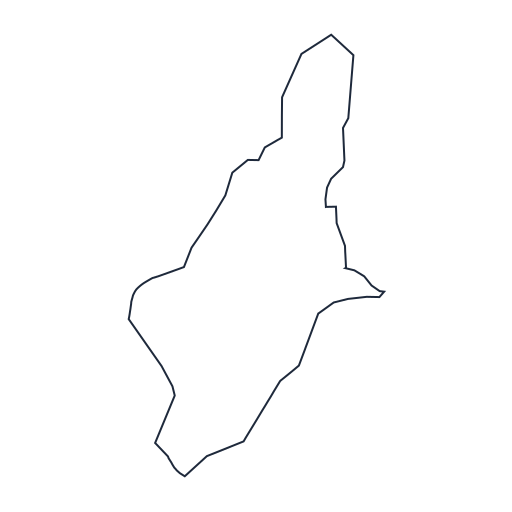 the district of Al Malajim, Al Bayda', Yemen, rotated 166°
{"feature_id": "15242507B64836061652766", "entity_name": "Al Malajim", "entity_type": "district", "adm_level": 2, "iso_a3": "YEM", "parent_name": "Yemen", "parent_adm1": "Al Bayda'", "projection": "albers", "projection_center": [45.401, 14.328], "detail": "fine", "context": "isolated", "style": "outline", "palette": "slate", "viewbox_px": 512, "rotation_deg": 166, "n_neighbors": 0, "source": "geoboundaries", "source_scale": "gbopen_adm2", "svg_char_len": 1914}
<svg xmlns="http://www.w3.org/2000/svg" viewBox="0 0 512 512"><g transform="rotate(166 256 256)"><path d="M394.8,225.6L383.1,195.1L375.2,174.5L374.3,172.2L368.6,149.8L368.6,146.6L368.6,140.4L368.8,140.0L399.1,99.0L389.9,82.8L389.7,80.8L388.1,76.1L387.8,74.8L387.5,73.7L386.5,70.5L385.5,68.7L384.8,67.2L382.4,63.7L378.4,59.5L352.1,73.7L312.9,79.1L312.3,79.7L309.9,82.2L295.2,96.7L287.1,104.8L283.2,108.6L282.4,109.4L282.2,109.6L280.8,111.0L279.9,111.9L275.6,116.1L271.2,120.6L262.9,128.8L262.0,129.3L251.9,134.0L249.8,135.0L240.9,139.3L230.7,154.1L230.6,154.3L224.5,163.2L215.4,176.5L209.5,185.1L209.4,185.1L201.1,188.4L192.6,191.8L192.3,191.9L191.8,192.1L191.4,192.1L177.1,192.1L171.2,191.3L166.7,190.7L158.4,189.6L146.2,186.3L140.3,190.4L144.5,192.0L151.0,199.4L155.9,210.1L164.0,218.3L172.2,222.6L171.5,222.8L169.0,235.5L168.5,238.2L167.2,244.3L168.5,256.3L169.8,268.4L168.8,273.1L166.5,284.5L176.1,286.7L176.3,286.7L176.1,287.7L174.9,294.2L170.5,305.2L164.4,312.8L150.1,321.2L150.0,321.3L149.9,321.6L147.1,327.2L140.6,359.2L133.1,367.4L113.2,426.4L112.9,427.3L129.5,452.5L163.0,441.1L192.3,403.7L196.9,386.0L202.3,364.6L205.1,363.8L206.7,363.4L208.4,362.9L216.4,360.6L221.2,359.2L230.3,348.4L240.7,351.2L249.1,347.2L258.8,342.6L271.1,322.2L274.9,318.4L276.7,316.6L283.4,309.9L295.4,298.4L309.0,286.3L316.5,279.7L328.6,262.7L329.1,262.6L329.7,262.6L333.2,262.2L356.4,259.9L356.5,259.9L357.0,259.9L357.3,259.9L357.5,259.9L357.9,259.8L358.1,259.8L358.3,259.8L358.5,259.8L358.8,259.8L359.0,259.8L359.3,259.8L359.4,259.7L359.5,259.7L359.9,259.7L360.0,259.7L360.3,259.7L360.5,259.7L361.7,259.7L363.6,259.2L366.7,258.3L369.4,257.5L371.6,256.8L374.1,255.8L376.0,254.9L378.1,253.8L380.2,252.5L382.0,250.9L383.5,249.2L384.9,247.5L385.9,245.6L387.0,243.7L388.1,241.7L388.8,239.6L389.7,237.4L390.7,234.9L391.6,232.8L392.5,230.6L393.4,228.5L394.4,226.3L394.8,225.6Z" fill="none" stroke="#1e293b" stroke-width="2"/></g></svg>